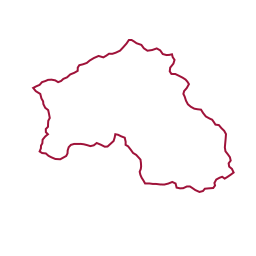 Rio Manso, Minas Gerais, Brazil, rotated 252°
{"feature_id": "56859067B17161327719400", "entity_name": "Rio Manso", "entity_type": "district", "adm_level": 2, "iso_a3": "BRA", "parent_name": "Brazil", "parent_adm1": "Minas Gerais", "projection": "mercator", "projection_center": [-44.348, -20.255], "detail": "fine", "context": "isolated", "style": "outline", "palette": "rose", "viewbox_px": 256, "rotation_deg": 252, "n_neighbors": 0, "source": "geoboundaries", "source_scale": "gbopen_adm2", "svg_char_len": 2251}
<svg xmlns="http://www.w3.org/2000/svg" viewBox="0 0 256 256"><g transform="rotate(252 128 128)"><path d="M205.6,122.3L205.1,117.2L204.0,112.4L202.6,108.9L202.5,104.7L202.8,101.1L201.0,98.9L197.9,97.8L197.1,94.0L196.8,89.6L195.0,85.7L194.7,81.7L193.4,78.9L193.2,75.7L195.8,73.5L197.6,70.2L198.5,66.8L198.2,63.9L198.2,60.4L196.3,57.2L196.0,53.6L195.4,50.2L191.5,51.7L187.5,55.1L182.8,54.8L179.6,55.5L176.9,54.9L172.8,55.5L169.7,57.6L166.5,57.3L161.7,56.7L159.5,54.4L156.5,53.2L153.9,52.3L152.4,49.5L149.4,48.6L146.8,49.9L145.5,46.6L143.3,43.2L139.9,41.8L138.1,39.8L135.6,38.9L133.0,36.7L130.7,38.6L129.2,42.0L126.1,43.8L123.7,46.2L121.0,49.3L119.2,53.9L119.9,57.6L120.5,60.6L122.5,62.6L125.3,63.7L128.1,65.7L129.6,68.5L129.5,71.8L128.5,74.9L127.5,78.1L126.2,80.9L124.3,83.9L122.4,86.6L122.1,90.1L123.4,93.6L120.4,97.1L117.4,100.1L116.7,102.8L118.0,105.7L120.1,110.3L123.1,112.4L126.0,114.0L124.6,116.5L122.3,118.8L119.8,121.9L115.6,121.5L112.7,120.5L110.6,122.4L106.5,123.9L102.7,125.1L99.9,127.5L96.6,129.0L94.1,130.1L90.8,129.5L87.4,128.6L85.1,127.5L82.8,125.6L79.7,125.3L76.5,125.6L73.5,126.4L70.0,127.1L68.7,131.1L67.1,134.4L66.0,137.7L64.4,141.1L63.0,145.0L62.7,149.1L63.0,153.4L60.5,156.1L56.3,155.8L54.5,158.9L53.7,161.9L54.2,166.0L53.3,168.8L51.1,170.6L48.2,172.8L45.1,176.2L44.9,179.8L46.5,182.3L45.7,185.9L44.6,190.5L46.4,193.0L49.0,193.2L51.7,196.0L52.4,199.7L52.5,202.5L50.0,204.3L50.7,207.3L51.8,211.1L53.0,214.7L57.0,214.2L60.0,212.3L63.3,212.8L65.3,215.6L68.7,215.9L72.2,214.8L75.7,213.5L79.6,214.1L83.8,215.9L87.5,217.5L91.9,219.3L95.6,218.6L99.0,216.8L102.7,215.3L104.2,212.2L107.0,211.5L109.9,210.6L111.7,208.6L114.9,205.6L118.9,204.1L122.9,203.1L124.3,200.0L125.9,197.0L128.8,194.3L132.0,192.3L136.0,191.6L140.4,191.6L143.3,191.2L145.8,192.8L147.9,196.3L150.9,199.5L153.7,198.8L156.3,197.7L159.0,195.5L161.9,192.6L164.7,189.7L166.0,186.0L169.0,185.2L172.4,186.8L175.2,191.1L178.4,193.3L181.6,192.4L184.5,192.6L184.8,189.7L185.5,187.1L187.6,183.9L191.9,182.6L194.8,179.9L194.7,175.1L195.5,170.4L198.9,167.7L202.9,166.4L206.0,162.3L208.4,160.5L210.6,158.6L211.4,156.0L208.8,152.7L206.2,148.3L204.0,144.3L203.4,139.5L203.4,136.0L204.5,132.9L203.5,129.7L202.8,126.4L205.6,122.3Z" fill="none" stroke="#9f1239" stroke-width="2"/></g></svg>